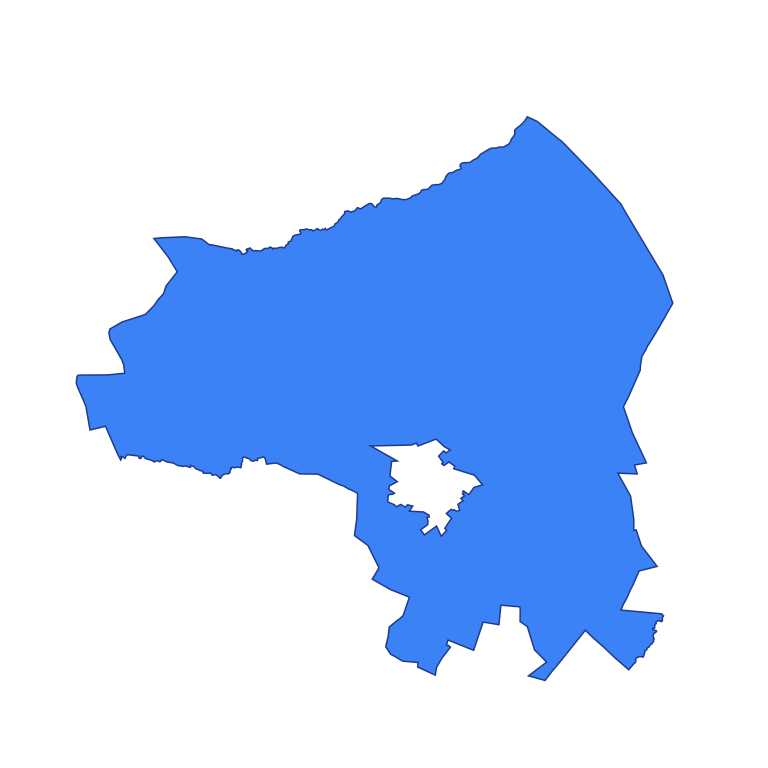 Gweru, Midlands, Zimbabwe (Equal Earth projection), rotated 97°
{"feature_id": "62879985B38074336306054", "entity_name": "Gweru", "entity_type": "district", "adm_level": 2, "iso_a3": "ZWE", "parent_name": "Zimbabwe", "parent_adm1": "Midlands", "projection": "equal_earth", "projection_center": [29.6, -19.532], "detail": "fine", "context": "isolated", "style": "filled", "palette": "blue", "viewbox_px": 768, "rotation_deg": 97, "n_neighbors": 0, "source": "geoboundaries", "source_scale": "gbopen_adm2", "svg_char_len": 6106}
<svg xmlns="http://www.w3.org/2000/svg" viewBox="0 0 768 768"><g transform="rotate(97 384 384)"><path d="M173.6,348.5L177.7,351.0L178.8,352.7L179.7,355.0L179.7,356.8L180.9,360.7L184.9,363.8L185.9,365.9L186.2,368.5L187.0,370.3L189.1,371.1L190.7,372.3L193.8,378.6L194.6,379.5L195.7,380.0L198.3,384.3L198.7,388.8L198.2,393.5L199.2,398.2L198.9,401.3L199.6,407.1L201.2,408.9L204.6,409.6L206.7,412.4L207.4,412.9L208.9,412.9L209.5,413.5L209.5,414.3L209.1,415.3L206.5,418.2L206.5,419.8L206.9,420.9L209.4,424.3L212.7,428.0L213.0,429.2L212.3,431.1L212.4,432.1L215.4,433.8L217.4,437.7L216.6,440.5L217.3,443.3L217.7,444.1L219.0,443.8L220.1,444.1L223.5,446.6L225.3,447.3L226.3,448.7L227.5,448.9L229.4,450.0L230.9,452.0L232.4,452.3L233.7,453.2L238.1,459.9L237.8,460.6L236.8,461.2L237.9,462.0L237.8,463.7L239.1,465.6L239.1,467.5L238.1,468.2L238.1,469.3L238.4,470.1L239.7,471.1L240.7,473.3L239.7,474.5L240.1,477.2L239.6,479.1L239.7,480.6L240.6,481.9L240.8,484.2L241.3,486.1L241.8,486.5L242.3,486.4L243.9,485.1L245.1,485.1L245.8,486.4L247.1,490.5L248.5,492.4L253.5,493.9L254.8,496.3L256.4,496.2L257.0,496.6L258.0,498.0L260.5,499.1L261.2,499.9L261.1,501.2L260.6,501.7L260.8,502.8L261.5,505.1L262.5,507.1L262.5,509.6L263.7,510.6L262.8,511.3L262.3,512.4L262.0,513.1L262.2,514.0L263.7,515.9L263.8,518.1L264.3,519.4L266.7,522.1L267.1,523.6L267.2,527.3L267.6,529.8L267.5,530.7L265.3,533.7L265.9,534.4L266.7,536.6L267.6,537.1L268.2,536.9L268.3,535.5L269.1,535.5L271.0,537.2L272.6,539.8L272.5,541.0L271.3,541.2L269.2,543.5L268.7,544.6L268.7,545.7L269.5,545.7L269.9,546.2L269.3,547.6L269.2,550.0L268.4,550.8L268.1,557.5L266.9,571.2L267.0,574.6L262.3,582.5L262.1,599.4L265.9,622.0L267.6,630.1L283.9,614.0L297.8,602.9L313.3,612.3L321.1,613.8L328.1,618.7L334.1,621.7L344.1,629.4L354.4,651.6L362.8,662.7L366.7,663.3L373.1,661.3L391.5,647.5L396.5,644.8L404.9,642.6L408.6,659.0L412.2,686.7L412.7,689.0L414.8,689.7L420.8,689.5L423.8,688.1L442.3,677.2L465.5,670.2L459.9,655.3L485.6,640.1L491.5,636.1L489.7,635.4L488.0,636.3L487.9,634.8L489.4,632.1L486.4,631.0L485.8,630.4L485.4,628.7L485.4,618.2L485.6,617.8L486.0,617.8L487.0,618.3L487.5,617.8L487.7,617.0L487.5,616.4L486.8,615.8L485.6,615.5L484.8,614.7L484.8,614.3L487.1,611.6L488.0,605.8L488.5,604.2L489.3,603.1L489.3,602.4L487.6,599.8L488.5,597.7L488.3,596.6L487.6,596.3L486.2,594.7L487.9,589.5L488.1,583.7L490.1,578.4L490.1,575.9L490.4,573.6L489.8,572.5L489.5,571.1L490.4,566.3L490.1,565.8L488.4,566.3L488.4,565.2L489.3,562.2L490.5,561.3L491.2,560.2L491.7,557.6L492.3,556.5L492.6,553.5L493.1,552.8L494.1,552.9L494.5,552.0L494.1,547.3L493.4,545.5L493.7,545.0L495.2,543.9L495.4,542.7L494.4,540.4L494.7,539.4L496.1,537.0L497.3,535.6L497.4,534.9L497.2,534.5L495.4,534.1L493.4,532.3L492.6,530.8L492.0,527.3L491.0,526.3L490.0,526.0L488.9,526.4L486.9,525.3L486.0,525.7L485.2,524.5L485.4,522.4L484.6,520.3L484.2,518.4L484.6,516.3L483.9,515.6L482.6,516.0L481.1,515.5L480.2,516.0L477.9,515.0L476.6,515.3L476.2,515.1L474.7,515.3L473.7,514.7L473.5,513.4L473.9,512.1L474.3,511.8L474.2,510.4L474.6,508.4L476.3,506.7L476.6,504.2L475.8,503.4L475.1,501.3L475.5,500.5L474.9,500.2L473.2,500.3L472.3,497.3L471.7,496.0L470.9,495.2L471.1,494.3L472.4,492.9L477.9,490.8L475.5,481.4L476.8,476.7L478.0,474.4L483.5,456.7L481.5,438.7L489.3,416.1L490.2,411.5L492.6,406.2L493.2,403.6L495.7,396.9L521.7,394.6L538.0,394.9L546.2,380.3L567.0,366.6L579.2,371.9L587.4,352.1L592.5,332.8L611.5,336.8L615.2,340.0L617.4,342.4L624.7,349.2L633.8,349.1L644.6,350.3L651.5,344.4L653.0,340.3L656.8,331.8L656.3,316.2L660.8,316.1L666.7,297.6L659.5,297.4L657.9,296.9L649.4,293.3L637.1,286.0L635.6,288.1L635.9,288.9L635.4,290.1L630.3,289.3L637.4,262.6L608.2,256.6L608.9,240.6L589.3,241.0L588.6,222.0L591.3,221.3L603.2,220.0L607.2,212.2L629.5,202.2L640.2,188.7L656.1,205.0L658.6,188.0L649.2,182.5L636.2,174.1L603.9,154.2L610.8,145.0L618.3,134.0L627.7,121.3L637.8,106.3L631.5,102.1L629.6,100.4L628.3,100.3L626.6,100.8L625.1,100.1L623.5,97.4L623.3,96.1L623.5,93.6L622.8,93.2L618.8,92.5L617.2,92.6L615.9,90.9L613.9,90.5L613.0,89.2L610.1,87.6L609.0,86.2L608.2,86.1L606.5,84.9L605.0,85.5L604.1,84.8L601.9,86.1L599.9,86.3L598.6,85.4L596.9,83.6L596.1,83.3L595.6,83.8L595.4,86.3L595.0,87.4L594.3,87.6L593.8,87.4L593.6,86.0L593.0,85.5L592.1,85.9L589.8,85.7L588.6,84.7L587.5,85.2L586.4,84.3L585.6,83.1L585.5,82.3L586.0,79.5L585.0,78.8L582.5,79.3L580.0,78.3L578.9,79.9L578.3,80.2L579.5,121.4L571.0,118.7L570.8,118.3L565.1,116.4L557.2,114.0L553.9,112.6L538.4,108.0L531.8,90.7L513.4,108.7L498.0,116.0L498.7,117.5L498.7,118.3L488.1,119.5L465.2,125.6L444.0,141.0L442.4,121.7L433.9,125.5L430.3,113.9L402.0,131.6L377.3,143.6L366.8,139.7L338.9,131.3L334.8,131.7L325.1,131.4L318.2,128.3L314.3,127.1L312.1,125.9L295.9,118.6L268.6,107.2L241.8,120.4L182.8,166.2L176.8,170.5L149.6,202.1L121.5,237.1L118.8,241.8L104.8,263.7L101.3,274.3L105.5,276.3L107.8,277.8L110.6,280.1L114.5,284.0L116.3,285.3L118.9,284.7L120.4,284.8L122.6,285.7L125.5,287.5L127.6,287.8L130.5,289.2L134.0,293.8L134.5,295.5L134.6,298.1L136.0,301.0L136.8,305.9L138.1,308.4L144.2,316.2L147.7,318.4L149.2,320.0L150.5,322.2L153.7,325.8L154.6,331.6L155.1,333.3L156.4,334.7L157.5,335.2L158.4,335.0L160.2,333.9L160.8,333.9L161.7,334.8L162.7,337.4L164.0,339.5L165.7,341.4L166.5,344.6L167.0,345.4L168.6,346.8L170.9,348.0L173.6,348.5ZM472.1,273.9L475.6,282.0L483.4,286.3L480.5,292.2L481.1,292.8L482.4,291.6L483.5,292.7L485.3,290.4L488.1,293.8L490.4,291.3L494.4,296.0L500.3,293.4L501.5,296.6L500.3,299.0L501.0,300.2L500.1,301.9L504.9,306.4L509.2,300.5L512.2,302.3L519.9,306.1L521.7,303.9L528.1,308.7L518.6,314.5L528.9,325.6L524.2,329.8L518.3,323.5L514.8,323.6L511.0,325.0L510.5,322.9L508.8,323.3L506.2,329.2L507.1,343.4L501.7,340.6L501.0,345.8L503.6,348.0L501.5,352.7L504.4,356.9L502.5,359.2L500.5,366.0L493.5,366.2L492.2,361.6L491.0,360.3L488.1,366.4L484.4,366.2L479.3,358.9L474.6,366.9L459.9,367.0L458.8,361.5L447.1,389.7L441.3,349.6L438.8,344.7L441.4,342.7L432.3,325.6L439.0,316.2L441.5,310.3L444.7,313.8L443.2,316.7L449.0,321.0L454.6,315.8L456.1,317.0L457.6,314.6L453.5,310.0L456.9,303.7L459.6,304.5L463.4,283.4L463.2,283.4L472.1,273.9Z" fill="#3b82f6" stroke="#1e3a8a" stroke-width="1.5"/></g></svg>